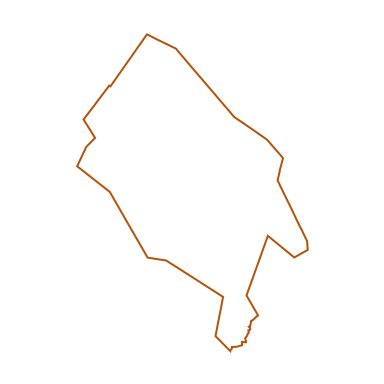 San Francisco Tlapancingo, Oaxaca, Mexico, rotated 215°
{"feature_id": "50627088B51167334219016", "entity_name": "San Francisco Tlapancingo", "entity_type": "district", "adm_level": 2, "iso_a3": "MEX", "parent_name": "Mexico", "parent_adm1": "Oaxaca", "projection": "albers", "projection_center": [-98.293, 17.481], "detail": "fine", "context": "isolated", "style": "outline", "palette": "amber", "viewbox_px": 384, "rotation_deg": 215, "n_neighbors": 0, "source": "geoboundaries", "source_scale": "gbopen_adm2", "svg_char_len": 1152}
<svg xmlns="http://www.w3.org/2000/svg" viewBox="0 0 384 384"><g transform="rotate(215 192 192)"><path d="M65.5,112.3L66.1,113.8L68.1,114.2L67.4,115.3L68.0,115.9L68.0,117.0L69.7,120.6L68.9,121.3L67.5,127.9L67.3,127.8L67.1,128.4L67.3,128.9L88.0,138.5L104.7,199.6L70.7,197.0L64.0,211.0L69.6,217.8L80.5,223.9L84.4,225.9L102.7,236.3L114.6,242.8L121.6,246.7L126.9,249.7L128.4,250.5L133.1,261.7L136.8,271.8L140.0,272.8L154.5,276.4L158.8,277.5L160.5,277.9L177.4,277.9L196.1,277.7L200.4,277.6L212.1,280.7L214.7,281.3L233.4,286.2L252.1,291.0L270.7,295.8L285.6,299.7L287.2,300.3L290.0,299.8L305.1,297.4L308.0,296.9L319.3,295.3L319.4,231.8L320.8,231.7L322.4,189.2L302.4,180.7L304.5,168.3L300.8,147.2L259.3,144.9L232.5,132.3L226.1,129.3L190.7,112.8L180.3,117.9L174.0,121.0L173.8,121.1L173.1,121.1L168.5,121.3L164.5,121.5L108.2,123.8L106.3,123.9L105.7,122.4L104.6,119.9L103.6,117.8L102.5,115.3L101.8,113.8L99.8,109.2L90.1,87.4L69.5,83.7L69.9,84.3L69.4,85.9L70.4,88.0L66.7,90.8L63.1,95.2L65.0,97.9L61.6,99.8L61.7,100.3L63.5,101.7L64.6,102.6L64.4,105.8L64.9,107.8L65.0,109.1L64.8,109.4L66.5,111.0L65.5,112.3Z" fill="none" stroke="#b45309" stroke-width="2"/></g></svg>